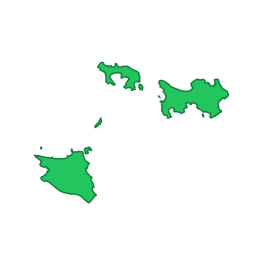 the district of Preah Sihanouk, Krong Preah Sihanouk, Cambodia, rotated 129°
{"feature_id": "14789045B14640150427480", "entity_name": "Preah Sihanouk", "entity_type": "district", "adm_level": 2, "iso_a3": "KHM", "parent_name": "Cambodia", "parent_adm1": "Krong Preah Sihanouk", "projection": "robinson", "projection_center": [103.359, 10.662], "detail": "fine", "context": "isolated", "style": "filled", "palette": "green", "viewbox_px": 256, "rotation_deg": 129, "n_neighbors": 0, "source": "geoboundaries", "source_scale": "gbopen_adm2", "svg_char_len": 5741}
<svg xmlns="http://www.w3.org/2000/svg" viewBox="0 0 256 256"><g transform="rotate(129 128 128)"><path d="M215.3,130.6L213.2,128.5L211.4,124.9L210.7,122.7L210.6,119.7L211.0,116.4L210.9,111.6L209.4,111.0L201.3,110.9L200.4,110.4L199.7,111.6L200.1,112.2L199.6,114.7L198.5,116.9L196.9,118.1L196.4,118.2L195.9,117.9L195.6,117.2L195.3,117.3L194.7,118.4L193.2,119.8L193.0,121.3L191.8,124.1L190.9,124.8L189.0,125.0L189.3,125.8L189.3,126.7L188.7,131.5L187.8,133.5L186.2,135.6L185.1,134.4L181.1,136.0L180.3,135.7L179.8,135.9L180.1,136.2L179.9,138.3L180.2,139.4L179.6,142.0L178.4,144.4L176.6,146.6L175.6,147.3L175.1,148.3L176.1,150.0L176.6,150.2L176.8,151.2L177.1,151.6L178.4,152.3L180.9,155.1L181.1,155.7L180.8,156.9L179.8,158.2L180.1,158.6L180.3,158.7L180.7,158.4L181.2,157.3L181.9,156.9L182.3,155.3L183.3,154.9L185.7,155.3L185.8,155.6L187.0,156.2L187.6,157.6L188.1,157.4L188.4,156.9L189.4,156.5L191.6,157.9L195.3,162.2L199.0,167.4L198.5,168.4L199.2,168.3L200.1,169.3L203.0,174.1L206.4,181.0L208.0,183.2L208.6,181.3L208.5,180.3L208.2,179.9L207.7,180.7L207.3,179.8L208.1,179.1L208.5,177.3L208.1,176.3L208.1,175.0L208.4,175.3L209.0,173.8L211.7,173.5L212.0,173.1L212.2,171.8L211.8,171.6L212.2,171.1L211.7,170.6L211.6,169.0L210.8,168.6L210.7,168.0L210.2,167.8L209.4,166.9L209.4,166.5L210.4,166.1L209.6,164.4L209.9,163.5L210.5,163.6L210.5,162.9L211.1,163.0L211.5,162.6L212.1,163.3L212.7,163.4L216.1,162.5L217.1,163.2L219.6,163.7L220.0,164.2L221.1,164.5L221.7,164.1L222.4,162.8L222.4,161.3L222.2,160.0L220.8,158.2L219.8,156.3L219.8,143.4L219.5,140.6L218.9,138.3L217.8,135.8L216.4,133.5L215.3,130.6ZM57.0,66.2L56.6,65.6L55.8,66.2L56.2,68.4L55.1,70.9L54.4,70.9L53.3,72.6L51.7,73.6L49.4,74.2L48.6,73.4L47.0,73.7L44.2,72.5L44.5,71.5L43.6,71.5L43.8,71.2L43.4,70.9L42.5,71.0L41.3,70.5L39.2,70.8L38.1,72.2L37.2,74.0L37.5,77.8L38.1,78.1L37.8,79.9L37.2,81.0L36.2,84.5L35.3,85.8L35.4,86.3L33.6,88.0L33.6,88.5L34.8,90.5L36.1,91.0L36.4,91.0L37.0,89.7L38.3,88.9L38.2,88.0L38.7,87.4L39.8,87.7L40.3,88.3L40.7,88.2L41.0,87.5L42.8,89.4L43.3,90.4L43.1,91.4L43.3,92.0L43.1,92.4L42.4,92.3L42.3,94.0L42.6,94.9L43.4,95.2L44.2,97.0L42.8,97.9L42.6,99.4L43.1,100.5L44.5,101.4L45.6,102.7L46.2,104.5L46.6,104.9L49.6,106.3L51.8,106.8L54.2,106.9L54.9,105.5L55.7,104.7L55.6,103.0L57.1,102.5L57.7,102.9L59.5,103.2L61.2,104.0L62.5,105.2L65.3,109.5L68.0,117.4L68.9,121.4L68.3,123.8L69.3,130.8L70.7,132.7L71.5,133.2L72.3,133.1L73.7,132.2L74.0,130.8L74.5,129.9L75.8,129.0L75.3,128.0L75.6,126.6L75.2,125.2L76.0,123.9L76.8,123.4L77.6,123.5L77.5,123.0L78.1,121.3L77.9,121.1L78.6,119.7L79.1,119.2L78.6,118.9L78.7,118.6L81.5,117.3L82.9,117.0L84.1,117.1L84.9,116.6L85.2,116.7L85.3,117.1L84.9,117.0L85.4,117.6L85.7,118.8L87.0,119.5L87.4,117.4L87.7,116.9L88.7,116.3L89.1,116.4L89.9,114.6L90.7,114.2L91.7,114.1L93.4,112.3L95.0,108.9L95.0,107.5L94.0,106.5L94.0,105.0L95.3,103.7L94.2,102.5L92.0,101.4L91.8,101.5L92.0,102.2L91.6,103.1L90.5,104.2L90.5,105.5L88.5,108.0L86.2,107.6L84.9,107.0L84.0,105.9L83.9,105.1L84.2,103.6L86.0,103.3L86.2,102.0L85.3,101.4L83.4,98.2L83.2,97.7L83.4,96.6L83.2,95.8L82.3,95.6L81.0,94.6L80.1,94.4L79.6,94.6L79.2,95.6L78.1,96.5L77.0,96.6L76.0,96.2L76.0,95.6L75.5,95.2L75.2,95.6L74.8,95.6L74.7,95.3L74.4,95.4L73.8,97.1L72.7,98.6L69.8,96.8L70.5,94.3L69.8,93.8L68.4,94.5L66.6,91.1L66.4,89.9L66.3,88.9L67.0,88.6L67.5,87.9L68.5,87.6L68.9,86.6L68.8,85.3L68.0,83.0L68.1,79.4L66.7,78.5L66.6,77.8L66.2,77.5L66.2,77.0L65.5,75.7L65.0,73.4L64.5,73.1L65.1,72.5L67.1,71.9L68.1,70.0L66.9,69.6L66.5,68.9L65.0,68.8L63.5,67.5L62.5,67.8L60.3,66.5L59.0,67.0L58.5,66.7L58.3,66.8L57.9,66.2L57.0,66.2ZM95.3,148.3L93.5,146.9L93.2,147.4L91.9,148.2L91.4,149.8L90.4,150.8L88.8,151.4L87.6,151.5L86.9,150.9L86.0,149.6L85.3,149.3L85.2,148.1L84.7,148.0L80.7,151.2L79.9,152.9L78.6,154.0L78.2,155.9L79.7,161.2L80.4,167.3L83.6,171.1L85.9,172.2L86.3,174.0L86.1,175.7L85.4,177.4L86.0,178.3L87.7,177.0L88.7,176.7L90.6,178.8L90.2,180.1L90.3,180.6L92.1,181.0L92.3,181.4L92.1,182.6L93.1,183.0L93.9,186.1L93.8,186.7L92.9,188.1L93.0,189.2L94.6,190.1L96.6,190.4L98.4,189.8L99.1,190.2L99.7,189.9L99.7,189.6L99.3,188.0L99.3,187.1L99.6,186.3L100.4,186.2L99.8,183.7L99.4,183.2L99.7,182.4L99.6,181.8L99.3,181.8L99.4,181.0L100.5,179.0L101.8,177.9L102.2,176.8L104.8,175.2L105.3,174.4L106.0,173.9L106.1,173.2L105.8,171.9L105.8,171.0L104.9,171.1L103.9,169.8L103.6,168.7L104.0,168.2L103.8,167.4L103.9,166.7L103.4,165.9L102.9,165.5L102.1,165.7L101.8,168.6L100.9,171.0L100.7,172.5L99.3,174.9L96.9,174.8L94.3,173.5L91.8,171.1L90.5,169.5L90.1,167.8L90.4,167.0L90.3,166.8L90.4,166.2L91.5,166.2L93.4,164.8L92.9,164.0L91.0,163.6L90.3,162.8L90.2,162.3L89.2,161.7L89.4,160.7L88.8,160.4L88.6,159.6L89.0,159.1L89.2,158.0L89.7,157.6L90.4,157.7L90.5,158.0L94.2,157.8L96.5,156.6L97.5,156.6L98.2,157.2L98.5,157.2L98.8,156.4L98.4,155.0L98.5,154.3L96.8,154.0L95.3,151.7L95.0,150.7L95.2,149.3L96.4,149.0L96.0,148.4L95.3,148.3ZM171.2,145.0L169.1,144.8L169.2,144.5L168.7,143.9L168.6,142.4L168.4,142.3L167.6,143.9L167.2,145.9L169.9,147.9L171.2,148.5L172.1,148.3L173.0,146.8L173.9,145.8L174.6,145.4L174.1,144.1L172.5,143.1L172.3,143.2L172.1,144.2L171.2,145.0ZM144.0,153.0L142.7,152.1L141.6,152.6L140.4,152.4L139.4,153.0L137.7,155.2L139.6,155.0L140.5,154.6L141.0,154.8L141.6,154.4L142.5,154.3L143.8,154.7L145.0,154.6L147.1,154.9L148.2,154.0L146.7,153.1L146.2,153.2L145.4,152.9L144.0,153.0ZM89.4,143.7L90.2,143.7L90.4,142.9L89.5,141.7L89.5,141.1L87.9,141.5L87.0,142.2L86.1,145.3L86.6,146.1L87.8,146.5L88.6,145.6L89.4,145.2L89.3,144.0L89.4,143.7ZM198.6,183.3L199.1,182.7L198.9,182.5L198.1,182.5L197.4,183.0L197.5,183.4L198.6,183.3ZM71.8,77.2L71.5,76.4L70.9,77.2L71.5,77.5L71.8,77.2ZM70.9,78.5L70.8,77.7L70.5,77.8L70.2,78.6L70.9,78.5ZM84.3,123.7L84.2,123.1L83.8,124.1L84.1,124.1L84.3,123.7Z" fill="#22c55e" stroke="#15803d" stroke-width="1.5"/></g></svg>